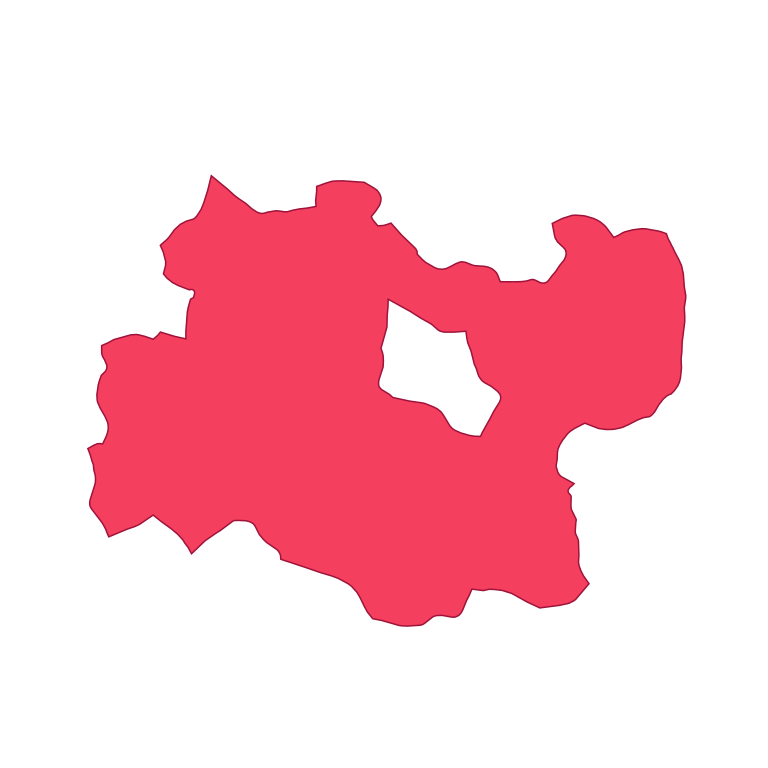 SVG path tracing the border of Töv, rotated 18°
{"feature_id": "MNG-3329", "entity_name": "Töv", "entity_type": "Province", "adm_level": 1, "iso_a3": "MNG", "parent_name": "Mongolia", "parent_adm1": "", "projection": "mercator", "projection_center": [106.662, 47.753], "detail": "fine", "context": "isolated", "style": "filled", "palette": "rose", "viewbox_px": 768, "rotation_deg": 18, "n_neighbors": 0, "source": "natural_earth", "source_scale": "10m", "svg_char_len": 5091}
<svg xmlns="http://www.w3.org/2000/svg" viewBox="0 0 768 768"><g transform="rotate(18 384 384)"><path d="M595.6,420.0L594.2,422.7L592.7,424.9L591.9,427.8L592.5,429.8L593.7,430.9L595.1,431.6L596.2,432.4L596.9,433.6L599.1,441.1L600.4,444.4L601.2,445.7L608.4,453.1L608.9,454.1L609.1,455.9L611.5,465.4L612.6,467.4L616.2,471.3L617.6,473.6L622.3,486.7L624.0,493.2L625.5,496.3L629.2,501.0L633.0,504.8L640.7,510.6L632.8,529.8L631.4,531.7L627.4,535.6L619.3,540.3L601.4,548.8L587.5,547.1L570.2,543.7L560.2,543.8L552.9,545.2L547.5,546.7L542.3,549.8L531.0,551.9L530.4,558.5L529.4,564.7L528.7,574.7L528.2,577.4L527.2,580.0L526.4,581.2L524.3,583.2L523.0,584.0L520.4,584.8L510.8,586.1L505.5,588.0L503.3,589.5L502.3,590.5L496.5,599.2L494.9,601.0L492.8,602.3L481.3,606.9L475.7,608.5L472.8,609.0L454.8,609.6L445.8,610.7L438.8,606.1L434.0,601.6L427.5,594.8L422.7,590.5L415.6,586.4L411.8,585.1L400.5,583.0L393.0,582.7L383.2,583.0L361.5,582.7L340.0,582.6L338.6,579.1L337.8,578.0L335.8,576.0L333.4,574.6L321.4,571.0L317.6,569.2L312.1,565.8L305.2,558.9L303.0,557.4L301.8,557.0L299.2,556.5L295.1,556.7L287.7,558.7L283.2,560.4L273.1,574.6L270.8,577.2L262.4,588.2L253.4,604.9L248.1,599.9L243.7,596.8L241.0,594.5L234.2,590.6L226.3,587.4L215.4,583.9L204.9,580.0L195.0,592.9L190.9,596.7L184.6,601.4L169.5,614.4L167.1,611.8L164.0,607.9L159.1,603.3L144.5,593.2L142.8,591.7L141.7,590.2L140.7,587.7L140.3,585.0L140.1,569.1L139.8,566.4L138.9,563.2L137.6,560.1L134.7,555.6L132.4,550.4L130.3,547.8L126.7,542.4L122.3,536.9L127.0,531.9L129.7,529.5L131.9,528.5L134.9,528.0L135.9,520.8L136.1,516.6L135.8,512.8L135.1,510.3L134.1,507.9L132.9,505.8L128.6,501.0L121.6,494.7L117.3,489.9L116.1,487.8L114.2,482.8L112.5,473.0L112.3,468.6L112.5,463.1L115.3,457.7L115.5,455.5L115.2,453.2L114.2,451.3L110.8,447.4L108.3,445.2L106.6,443.1L105.6,440.9L103.6,434.7L108.8,430.1L113.4,425.2L128.0,415.5L133.0,413.5L135.8,413.0L141.7,412.6L150.7,412.7L153.8,407.6L155.3,403.7L170.1,403.4L181.6,402.3L179.2,394.8L174.7,376.2L174.1,371.4L173.8,363.0L176.1,360.8L175.9,356.5L175.2,354.7L174.6,354.0L173.8,353.6L172.2,353.4L170.8,353.9L169.9,354.6L158.1,354.0L151.6,352.9L144.9,350.4L140.2,347.4L139.6,338.6L138.5,334.9L133.2,326.6L128.4,321.2L133.0,313.4L134.4,310.2L137.0,302.1L141.0,295.0L145.7,290.2L152.0,285.9L152.8,284.7L154.1,282.0L156.1,274.5L156.6,267.3L156.5,254.3L155.4,239.3L175.4,247.2L183.3,250.8L188.8,252.7L196.9,255.0L204.2,258.2L210.2,259.8L212.9,259.9L215.4,259.5L217.5,258.4L220.2,256.5L227.5,252.7L230.2,252.0L236.8,250.8L239.1,249.9L242.9,247.3L249.1,243.8L257.0,240.2L264.5,236.1L262.3,230.6L260.4,221.6L258.9,216.9L266.4,211.1L271.9,207.3L274.6,206.1L282.1,203.5L302.8,198.3L313.7,200.7L317.6,201.9L321.2,204.6L323.1,207.0L323.8,208.4L324.5,211.2L324.5,215.5L322.6,222.4L320.2,228.6L321.4,230.1L323.5,231.9L329.3,235.5L334.5,233.4L337.4,231.5L340.9,228.8L354.7,236.9L372.2,245.4L374.4,247.5L375.5,250.3L381.8,253.7L386.1,255.5L396.4,257.7L400.1,257.8L404.1,256.8L407.4,255.1L412.1,250.6L415.0,247.5L418.2,244.8L420.2,243.7L423.9,243.1L431.9,243.6L434.2,243.3L443.0,241.1L447.2,240.6L451.4,241.1L454.0,242.1L456.3,243.3L458.2,244.9L462.9,250.8L476.5,246.5L483.2,244.1L487.9,241.9L491.4,239.4L493.5,238.5L495.7,238.5L501.5,239.3L504.0,239.0L506.3,237.8L507.3,236.8L508.5,234.6L510.2,229.5L512.5,224.0L514.4,217.1L517.0,210.3L517.4,206.2L516.9,203.5L515.6,201.0L514.6,200.0L512.4,198.7L505.2,195.3L501.9,192.5L500.3,190.1L494.4,179.3L502.4,171.5L510.6,165.6L514.1,164.2L520.9,162.5L524.0,162.0L532.3,161.8L536.9,162.4L539.8,163.1L543.9,164.7L546.5,166.0L557.2,173.6L561.3,169.8L564.1,166.6L566.0,164.9L573.1,160.4L581.2,156.6L585.1,155.5L598.1,153.7L601.7,153.6L606.1,153.8L609.5,158.2L612.4,160.9L614.7,163.4L617.1,165.6L619.2,168.0L626.1,174.7L630.5,179.6L634.7,186.9L639.5,198.6L643.7,206.7L644.5,209.4L645.9,218.0L646.7,220.5L649.0,226.3L650.8,231.9L654.6,251.8L657.4,261.7L658.9,268.6L662.0,276.9L664.1,286.8L664.4,291.1L663.9,295.3L662.1,300.8L660.1,304.8L658.6,305.9L656.7,307.9L654.2,312.1L651.8,318.9L650.0,327.0L648.3,330.7L646.9,332.7L645.9,333.4L641.9,335.4L640.1,336.7L636.0,340.1L629.3,346.9L624.4,351.4L622.4,352.7L617.6,355.5L615.0,356.7L609.5,358.6L601.9,360.0L587.1,359.2L578.9,367.4L575.5,371.8L573.9,374.8L571.3,382.0L570.0,387.4L569.6,392.0L570.0,395.1L572.0,402.2L573.0,408.9L576.7,414.4L578.9,416.2L581.3,417.3L595.6,420.0ZM421.0,316.4L418.4,315.8L411.9,312.9L408.9,312.0L399.5,310.2L387.7,307.2L388.3,307.2L361.8,302.1L364.0,309.6L365.8,317.6L369.2,328.9L370.1,351.0L372.9,354.7L374.4,357.3L376.4,362.5L377.9,368.2L377.9,381.4L378.4,384.4L379.5,387.1L380.4,388.3L383.2,390.0L392.5,392.2L396.5,394.1L413.3,392.4L426.5,390.1L429.3,389.9L438.1,390.5L442.5,391.2L446.9,392.9L450.8,395.8L459.5,403.4L462.4,405.1L465.6,406.1L472.3,406.8L480.9,406.5L486.2,405.7L492.0,404.0L492.4,400.0L495.5,384.3L496.8,376.2L499.5,365.2L499.6,362.5L498.9,360.0L497.3,357.8L494.0,355.8L486.8,353.1L479.5,351.7L476.6,350.8L474.1,349.2L471.8,347.3L470.0,345.1L467.0,340.8L463.7,337.2L456.7,325.9L450.9,318.9L448.5,314.6L445.6,308.5L434.4,313.1L425.1,316.1L421.0,316.4Z" fill="#f43f5e" stroke="#9f1239" stroke-width="1.5"/></g></svg>